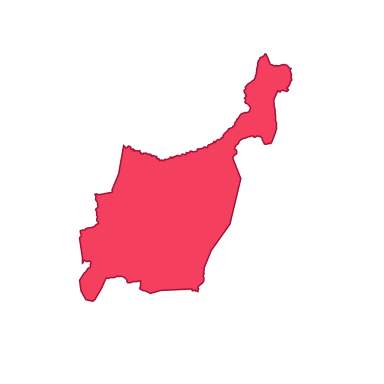 Morro do Chapéu, Bahia, Brazil, rotated 64°
{"feature_id": "56859067B34698024816955", "entity_name": "Morro do Chapéu", "entity_type": "district", "adm_level": 2, "iso_a3": "BRA", "parent_name": "Brazil", "parent_adm1": "Bahia", "projection": "natural_earth1", "projection_center": [-41.297, -11.376], "detail": "fine", "context": "isolated", "style": "filled", "palette": "rose", "viewbox_px": 384, "rotation_deg": 64, "n_neighbors": 0, "source": "geoboundaries", "source_scale": "gbopen_adm2", "svg_char_len": 6067}
<svg xmlns="http://www.w3.org/2000/svg" viewBox="0 0 384 384"><g transform="rotate(64 192 192)"><path d="M120.3,233.1L143.6,250.0L155.2,263.1L156.4,263.1L157.1,263.7L157.1,264.8L156.4,266.5L155.9,269.1L155.2,270.9L154.9,272.8L153.9,275.5L153.8,276.7L151.8,278.7L151.6,279.6L151.7,280.4L153.5,280.1L154.9,280.9L156.1,281.8L156.9,282.0L160.1,281.5L160.7,281.7L162.0,282.5L162.8,282.5L164.0,283.0L164.6,283.5L165.0,285.4L165.4,286.3L166.1,286.3L169.0,286.7L169.6,287.2L171.1,287.9L172.7,287.7L174.7,289.6L175.6,290.0L176.3,290.1L178.0,289.6L179.0,289.7L179.4,290.4L179.2,292.0L179.3,292.7L179.9,293.6L180.2,295.5L180.1,296.4L179.3,300.0L178.7,301.0L178.6,302.6L178.3,303.5L179.0,304.5L179.1,305.1L178.6,306.5L178.1,307.1L178.1,308.2L177.8,309.2L178.2,309.7L179.1,309.8L179.9,310.2L181.9,310.4L183.1,311.0L183.5,311.7L183.5,312.6L184.3,313.4L202.6,319.1L207.9,321.6L207.7,320.8L207.2,320.3L206.1,319.8L206.0,319.1L206.3,318.6L207.1,318.2L208.5,317.0L208.8,316.2L209.1,314.4L210.5,313.5L211.9,314.3L212.7,315.3L214.3,315.7L214.9,316.3L215.2,319.2L215.5,319.9L216.2,320.3L216.7,321.9L217.3,322.6L217.6,324.4L222.1,331.8L232.2,335.1L242.2,334.6L246.7,329.1L246.2,326.5L239.0,315.6L232.6,308.1L231.7,306.5L232.9,305.6L233.1,303.1L233.5,302.1L234.8,299.7L234.9,298.8L234.8,296.2L235.4,295.7L236.0,294.7L236.5,293.0L237.0,292.4L237.6,291.4L238.5,290.7L241.2,289.3L243.0,289.3L244.6,289.8L245.6,289.3L246.7,286.4L246.7,284.5L247.1,283.1L247.7,282.5L248.6,280.0L249.1,277.2L250.3,277.8L251.1,277.9L251.9,278.6L253.2,279.0L254.5,280.0L255.4,281.1L256.0,281.3L257.8,280.2L259.3,279.1L259.7,278.2L260.3,277.5L264.2,274.3L264.9,274.0L266.7,263.3L278.8,235.4L279.2,234.6L280.6,235.1L281.1,234.7L281.4,234.1L281.2,233.3L281.3,232.4L282.0,232.4L282.7,232.0L283.0,231.1L284.1,230.4L282.8,229.4L282.3,228.7L281.7,228.5L281.0,229.0L280.4,228.5L279.4,227.2L278.5,223.1L277.6,221.0L276.8,220.2L274.9,219.1L273.8,219.1L273.2,218.7L272.1,218.6L271.3,217.8L270.7,216.8L269.5,216.8L268.6,216.4L268.1,215.8L266.7,214.9L265.8,214.7L253.0,200.4L237.4,171.8L233.2,168.5L201.4,142.3L180.2,140.6L179.2,140.2L178.6,139.8L177.7,138.3L177.6,137.7L177.2,137.1L177.3,135.2L175.3,134.1L174.0,133.7L173.3,134.0L172.3,134.8L171.1,134.3L170.3,133.4L169.5,132.0L169.2,131.1L169.1,130.1L168.8,129.2L168.5,128.7L167.3,127.7L166.3,124.6L166.5,122.1L167.0,120.0L167.0,117.5L167.6,115.6L167.7,113.9L168.3,112.6L169.6,112.5L170.3,111.7L170.5,110.5L170.0,109.7L170.2,108.8L171.6,107.4L171.8,106.5L173.9,105.4L176.5,106.0L178.9,105.7L180.5,106.0L181.8,104.0L181.9,103.3L181.9,101.7L182.7,100.8L182.8,99.7L182.2,98.5L175.4,91.2L171.8,88.0L169.9,87.3L167.9,86.1L166.6,85.7L165.8,85.8L164.4,85.5L160.6,83.8L160.0,83.3L158.4,83.1L154.9,81.4L150.7,80.4L145.0,78.1L138.6,70.4L139.1,69.9L139.7,69.7L140.3,69.7L140.8,68.9L140.2,68.0L140.0,67.0L140.3,66.1L140.9,65.2L141.6,64.7L142.2,63.5L143.0,63.1L143.3,62.2L142.5,60.4L141.9,60.4L141.4,61.0L140.3,61.2L139.9,60.6L139.5,59.1L138.9,58.4L138.7,57.6L138.2,57.2L137.7,57.0L136.9,55.6L136.1,55.4L135.6,54.6L135.4,53.5L134.5,53.0L132.5,52.7L131.5,52.3L130.8,52.0L130.2,51.1L129.4,51.0L128.7,51.1L127.2,50.7L125.8,50.6L124.5,48.9L123.0,50.3L120.7,50.7L119.4,51.3L118.4,52.8L117.8,53.3L117.4,54.2L116.9,56.8L117.1,57.5L116.9,58.5L116.4,59.1L115.2,61.4L114.7,61.7L114.7,62.4L114.3,63.1L113.7,63.7L113.1,64.0L112.7,64.7L112.1,65.2L111.2,65.6L103.9,65.1L100.4,65.1L99.9,65.9L100.9,67.2L101.3,68.5L101.4,70.9L101.0,71.7L102.8,73.7L103.1,74.8L103.8,75.2L104.2,75.9L107.3,77.6L107.7,78.3L109.2,79.2L110.3,80.3L112.3,81.2L113.1,82.0L113.9,82.2L115.3,83.9L116.6,84.7L117.4,85.8L118.1,86.4L118.5,87.7L118.5,88.7L119.1,90.3L119.3,93.6L120.0,96.0L120.5,96.5L121.1,98.2L122.2,98.3L123.0,98.7L123.6,100.8L124.9,101.0L125.5,101.3L126.4,101.3L127.1,100.8L127.7,100.8L128.6,101.4L129.3,101.1L129.9,101.7L130.6,103.7L131.1,103.3L133.2,103.7L134.3,105.1L135.8,104.9L136.2,104.2L137.4,103.2L138.1,103.3L138.5,102.9L139.9,102.8L140.9,102.4L142.8,103.0L143.3,103.4L143.6,104.4L144.4,104.8L145.0,106.5L144.7,107.2L144.4,108.7L143.7,109.7L143.7,110.7L143.4,112.6L143.4,113.4L144.3,115.6L144.8,116.5L145.4,117.0L146.2,118.4L146.2,119.5L147.6,121.0L148.9,123.6L150.3,124.1L150.6,124.8L151.1,125.2L150.9,126.0L151.3,127.0L151.8,127.5L151.8,128.6L151.3,129.4L151.6,130.4L151.3,131.5L152.0,132.0L152.3,132.7L152.3,133.4L152.9,133.9L153.0,134.9L154.1,138.2L154.7,138.7L154.8,139.3L156.3,139.8L156.2,141.7L156.7,142.0L157.0,144.0L156.8,144.7L156.3,145.5L156.4,146.6L156.6,147.7L157.1,148.6L157.0,149.3L157.5,149.7L157.0,150.1L156.3,150.2L157.2,151.6L157.3,152.5L157.2,154.1L157.3,155.1L156.9,156.2L157.1,157.1L157.5,157.6L158.4,158.1L158.7,158.8L158.5,159.5L157.9,159.7L157.1,160.7L156.8,161.6L157.5,162.6L157.4,163.6L157.0,164.3L157.1,165.2L156.5,165.9L156.5,166.8L156.0,167.6L155.8,168.5L156.5,168.4L157.2,168.8L157.3,169.9L157.2,170.7L156.7,172.6L156.4,173.4L155.0,174.6L154.6,175.5L154.9,176.6L155.4,177.1L155.2,178.1L154.9,179.0L154.1,179.9L154.6,180.2L155.3,180.1L155.5,180.8L155.5,181.8L155.1,182.4L154.4,182.9L153.9,183.7L153.8,184.6L154.0,185.3L154.6,186.1L154.4,187.1L153.8,187.9L153.0,188.5L152.6,189.3L152.9,190.1L152.6,190.7L152.8,191.5L152.4,193.6L153.0,193.5L153.2,194.4L152.8,195.2L152.0,195.3L151.4,195.6L151.1,196.1L151.9,197.2L151.8,199.9L151.7,200.9L151.0,201.6L150.7,202.3L151.2,203.0L151.5,203.6L150.5,204.4L150.6,205.1L150.0,205.5L149.6,206.2L149.7,207.2L148.9,207.4L148.1,207.0L147.7,207.7L147.5,208.4L147.0,208.7L147.0,208.1L146.4,208.5L145.8,208.3L145.2,208.6L144.5,208.3L143.5,209.9L142.4,210.7L141.9,211.6L142.2,212.3L141.5,212.8L140.1,212.5L139.5,213.3L139.5,214.3L138.9,214.6L138.5,215.4L137.3,215.8L136.7,216.8L136.4,217.7L136.0,218.2L136.4,218.9L135.8,219.2L135.9,220.2L135.4,221.1L134.8,221.2L134.4,220.7L133.0,221.4L132.4,220.8L131.8,220.8L131.4,222.6L131.0,223.5L130.3,224.1L130.0,224.9L130.0,225.6L129.1,225.4L129.1,226.3L127.5,226.1L127.4,227.4L126.9,228.1L125.6,227.5L125.0,227.4L124.4,227.5L123.3,228.3L122.8,229.1L123.0,229.8L123.4,230.2L123.7,230.9L123.7,231.6L123.3,232.2L122.7,232.4L122.0,232.4L120.3,233.1Z" fill="#f43f5e" stroke="#9f1239" stroke-width="1.5"/></g></svg>